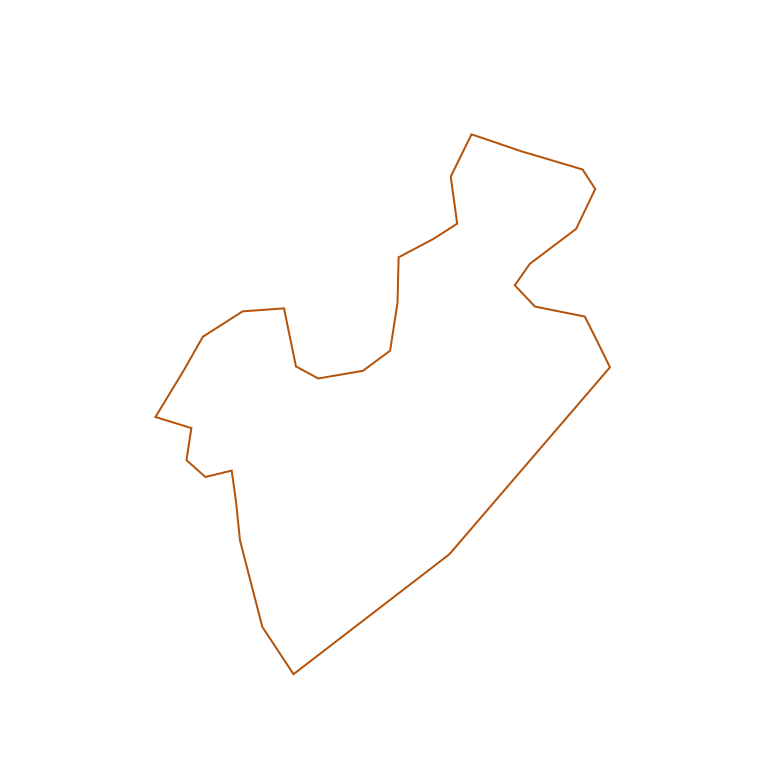 Żurrieq, orthographic projection, rotated 305°
{"feature_id": "MLT-5973", "entity_name": "Żurrieq", "entity_type": "state/province", "adm_level": 1, "iso_a3": "MLT", "parent_name": "Malta", "parent_adm1": "", "projection": "orthographic", "projection_center": [14.486, 35.824], "detail": "fine", "context": "isolated", "style": "outline", "palette": "amber", "viewbox_px": 768, "rotation_deg": 305, "n_neighbors": 0, "source": "natural_earth", "source_scale": "10m", "svg_char_len": 585}
<svg xmlns="http://www.w3.org/2000/svg" viewBox="0 0 768 768"><g transform="rotate(305 384 384)"><path d="M527.3,559.5L282.0,535.2L94.4,476.3L115.2,423.7L173.4,355.6L202.5,330.5L225.7,308.9L205.4,291.0L208.3,265.9L237.4,251.5L225.8,215.7L281.0,212.1L318.8,208.5L362.4,226.5L388.6,258.7L347.9,301.8L350.8,326.9L382.8,359.2L414.8,369.9L458.4,348.4L496.2,323.3L531.1,341.2L557.3,352.0L592.2,319.7L638.7,312.5L653.3,362.7L673.6,423.7L664.9,445.2L621.3,452.4L566.0,434.5L539.9,434.5L534.0,463.2L554.4,509.8L542.8,531.4L527.3,559.5Z" fill="none" stroke="#b45309" stroke-width="2"/></g></svg>